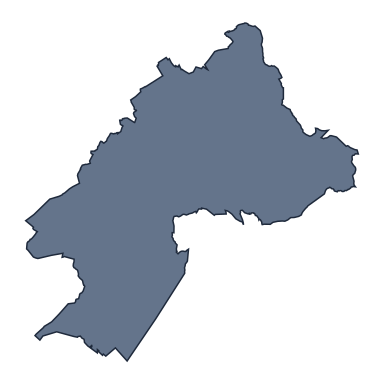 the district of Almoloya, Hidalgo, Mexico
{"feature_id": "50627088B66960340766478", "entity_name": "Almoloya", "entity_type": "district", "adm_level": 2, "iso_a3": "MEX", "parent_name": "Mexico", "parent_adm1": "Hidalgo", "projection": "robinson", "projection_center": [-98.314, 19.738], "detail": "fine", "context": "isolated", "style": "filled", "palette": "slate", "viewbox_px": 384, "rotation_deg": 0, "n_neighbors": 0, "source": "geoboundaries", "source_scale": "gbopen_adm2", "svg_char_len": 5901}
<svg xmlns="http://www.w3.org/2000/svg" viewBox="0 0 384 384"><path d="M273.0,222.3L277.7,221.3L282.3,221.0L284.9,221.2L287.8,219.9L290.7,217.6L294.1,217.5L298.7,216.4L301.4,214.9L301.8,213.5L302.9,211.6L305.6,208.4L307.1,207.0L307.9,205.8L324.4,193.9L325.5,190.6L326.5,189.1L327.6,188.3L329.0,187.9L329.6,187.3L330.7,187.6L331.4,188.6L333.4,189.0L334.0,189.8L334.1,190.6L334.7,191.1L337.3,191.8L338.2,190.6L339.4,190.9L340.0,190.6L341.0,190.6L342.2,191.5L343.9,191.4L344.9,190.5L346.5,190.6L348.1,189.4L348.6,189.5L350.7,188.0L351.0,187.3L351.6,186.9L352.4,186.9L353.2,186.5L355.4,186.8L354.1,185.1L353.8,183.4L354.0,181.2L352.6,175.8L353.4,174.5L354.7,173.4L355.7,170.1L355.7,168.8L355.3,167.3L353.8,165.7L351.7,162.6L351.5,161.3L352.3,159.7L352.0,156.6L352.6,155.4L354.1,155.2L355.3,153.8L358.3,154.0L357.1,150.0L354.8,149.6L350.5,147.7L349.3,147.0L348.7,146.2L347.5,145.7L346.2,146.3L336.7,137.2L336.1,136.9L331.4,135.7L330.0,135.7L327.7,137.5L326.6,137.9L324.9,138.1L323.7,138.7L321.1,137.7L328.2,130.3L325.0,130.8L321.7,130.7L319.3,129.8L317.7,128.6L315.5,128.2L315.9,130.4L315.7,132.1L315.3,133.1L314.2,134.0L313.6,134.1L312.2,135.4L309.9,136.3L306.0,134.5L303.3,132.4L302.8,131.7L302.9,130.0L301.3,128.1L300.8,126.1L300.1,124.8L296.6,121.0L296.0,118.7L294.5,117.4L294.0,116.4L292.8,115.5L292.4,114.8L292.6,114.2L291.7,113.3L291.7,112.6L290.7,111.5L290.1,109.5L286.8,108.0L283.2,105.2L282.4,105.2L281.7,104.7L282.4,102.4L282.3,99.8L282.7,99.4L283.4,99.0L283.4,87.8L282.7,87.7L282.1,86.8L281.2,84.8L281.4,83.6L281.1,83.0L278.8,79.1L280.7,78.4L281.9,77.5L280.9,75.0L279.1,72.0L278.1,69.2L276.5,67.7L274.2,66.0L272.5,66.2L271.6,65.6L270.8,66.1L269.6,66.3L268.4,66.0L267.2,65.1L265.4,64.4L263.6,61.8L263.4,60.0L263.0,59.2L263.1,58.3L263.6,58.0L263.4,57.1L262.9,56.2L262.9,53.0L262.6,52.3L262.5,48.4L262.1,46.9L261.5,45.8L261.4,43.8L262.1,42.2L262.5,38.2L260.2,30.6L255.0,26.0L253.6,26.4L252.4,26.3L249.1,25.1L248.5,25.2L248.1,24.1L247.7,23.8L246.4,23.2L244.8,23.0L243.9,23.6L243.4,23.6L239.0,24.7L237.6,25.5L236.4,26.8L236.6,27.1L236.3,28.2L236.0,28.6L235.0,28.9L234.5,29.8L232.9,30.7L230.4,31.4L229.6,31.1L229.6,31.6L228.6,32.4L227.8,32.0L227.8,31.4L225.3,32.9L224.9,33.5L224.8,34.1L225.6,34.7L226.7,36.2L228.0,36.5L228.7,37.2L230.3,38.1L233.0,41.3L232.7,42.3L231.8,43.4L230.2,44.7L229.1,46.3L228.4,46.6L228.2,48.5L218.4,50.2L214.7,51.6L208.8,59.8L204.7,64.7L207.6,69.6L206.4,69.0L203.2,66.5L201.5,68.6L196.0,67.0L193.3,72.0L189.0,73.7L184.5,71.1L181.9,69.3L181.2,69.6L179.1,65.1L178.1,66.9L176.8,66.1L176.0,66.7L175.6,65.8L175.0,66.5L173.5,65.5L171.3,62.7L169.3,58.7L168.0,59.8L166.2,57.5L158.5,62.5L158.7,63.3L158.4,64.4L157.9,64.9L158.3,65.3L157.7,66.0L157.1,66.2L162.8,75.8L145.5,86.8L145.2,86.6L142.2,88.3L140.4,89.0L140.3,89.9L140.8,91.8L135.5,96.7L130.7,100.0L131.1,101.0L131.2,102.1L134.2,107.3L134.2,109.2L134.5,109.7L136.2,110.1L136.4,110.5L135.6,111.3L133.9,112.3L133.5,113.6L134.6,116.6L136.2,118.2L134.7,122.5L134.4,122.5L127.3,118.0L124.6,118.2L123.8,118.8L123.2,118.5L122.4,118.9L121.8,120.3L120.6,120.5L120.1,120.0L119.7,120.2L120.4,124.3L121.6,125.2L122.7,125.5L122.9,126.0L122.1,127.3L120.8,131.5L117.9,133.6L118.0,132.6L116.8,132.7L115.9,133.5L114.9,133.4L113.8,133.9L111.4,133.3L110.5,133.4L109.4,135.6L107.4,138.5L106.4,141.3L105.8,141.5L104.4,142.8L103.7,143.1L102.9,142.4L102.5,142.4L102.2,141.8L100.9,141.3L100.0,142.4L98.8,145.6L97.8,146.6L97.4,149.0L97.2,149.4L95.0,150.6L94.8,151.1L91.1,151.2L90.9,152.6L91.1,153.4L91.7,153.9L93.0,154.5L89.6,161.0L90.3,163.3L86.8,164.4L85.7,164.3L82.3,165.2L80.7,168.0L80.3,169.2L80.6,169.3L77.9,173.8L77.5,175.6L79.5,183.3L72.8,186.7L69.4,188.9L64.8,192.9L62.6,194.1L62.1,194.9L59.1,196.3L49.8,199.1L34.0,214.5L25.7,220.7L33.5,227.2L32.9,228.2L33.5,229.4L37.3,231.7L36.1,232.9L35.8,233.7L33.2,237.0L31.4,239.0L30.1,239.4L29.7,240.5L28.3,241.7L28.0,241.7L27.1,243.1L26.6,248.9L28.2,250.4L33.4,257.0L35.5,257.9L37.9,258.5L51.5,255.3L62.9,253.3L62.1,257.3L63.4,257.0L64.2,256.5L74.1,259.2L74.0,261.9L73.4,263.7L73.2,266.0L73.9,267.6L74.8,268.0L75.6,268.9L77.2,269.9L77.7,270.6L78.5,273.9L78.2,275.9L79.7,278.0L82.5,280.5L83.3,284.2L83.7,284.5L83.7,285.3L84.5,285.8L84.7,286.4L83.1,291.1L81.6,293.0L80.3,293.4L79.6,294.4L79.5,295.5L78.6,298.7L76.2,299.3L75.9,299.7L75.5,301.8L74.6,303.0L68.2,303.8L59.0,314.2L51.6,321.9L44.2,326.4L43.5,327.5L36.2,334.1L35.0,335.6L39.9,340.1L42.9,336.0L56.7,331.8L73.9,336.5L77.5,337.2L78.0,336.5L80.4,336.1L81.9,338.1L83.8,339.1L84.1,339.5L84.5,342.4L87.8,346.0L89.7,347.3L91.7,345.5L91.9,346.0L91.8,346.6L90.7,348.1L97.3,352.9L97.4,349.6L98.9,350.9L98.5,351.6L102.5,355.3L103.3,354.1L105.8,356.1L115.4,347.9L127.1,361.0L155.6,319.0L184.7,273.3L184.6,271.0L184.9,270.1L184.5,267.8L185.1,265.9L185.4,263.9L186.7,262.3L187.4,261.1L188.5,249.2L186.4,250.6L186.1,251.3L185.7,251.5L184.2,251.4L183.0,251.1L181.2,251.3L179.6,252.2L178.0,253.8L176.4,252.2L177.0,251.3L176.5,251.1L176.4,248.6L177.1,244.9L175.3,242.9L175.2,242.0L174.0,241.0L173.2,239.7L173.1,238.4L172.1,237.2L172.0,236.4L172.4,235.3L172.1,233.1L172.2,232.6L173.9,232.8L174.0,226.0L172.8,220.4L173.1,220.0L173.6,217.4L174.2,216.4L177.0,216.0L178.5,216.8L179.4,216.6L180.8,215.9L183.0,214.3L184.7,214.4L186.3,215.0L188.3,214.3L189.1,213.8L192.4,213.0L194.5,211.8L195.8,211.4L196.3,212.8L197.4,211.5L197.7,210.5L198.9,208.9L201.6,209.1L201.6,208.1L206.6,209.2L214.3,215.3L215.3,214.4L226.2,214.0L226.0,212.3L225.3,210.4L227.4,210.9L229.0,211.9L232.0,214.2L235.8,218.8L240.3,221.4L241.5,221.6L242.4,222.2L243.5,224.8L243.3,222.9L242.5,219.8L240.0,213.8L240.5,212.7L240.3,211.0L240.9,210.4L242.4,210.3L244.6,212.7L248.1,213.9L249.1,213.3L249.4,214.2L250.9,213.9L251.2,213.0L253.1,212.8L253.8,213.0L253.8,213.3L254.8,213.8L255.4,215.5L256.6,215.6L258.9,218.7L258.7,219.1L258.9,220.0L259.2,219.6L259.9,219.5L260.4,219.8L261.7,222.0L261.9,223.9L262.2,224.6L264.3,224.2L270.3,224.3L273.0,222.3Z" fill="#64748b" stroke="#1e293b" stroke-width="1.5"/></svg>